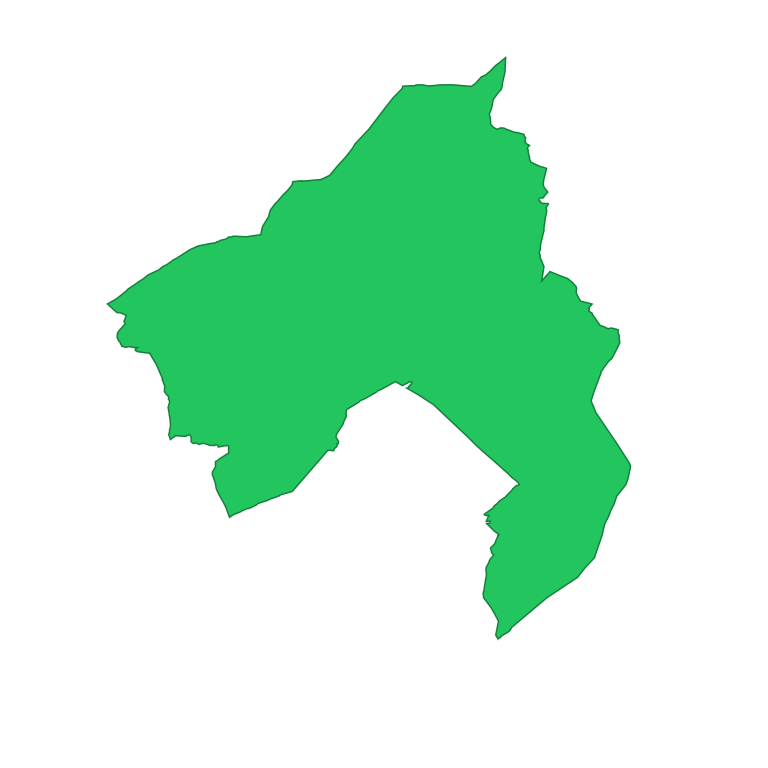 Lund nor, Rogaland, Norway (Robinson projection), rotated 342°
{"feature_id": "86288312B14474209678121", "entity_name": "Lund nor", "entity_type": "district", "adm_level": 2, "iso_a3": "NOR", "parent_name": "Norway", "parent_adm1": "Rogaland", "projection": "robinson", "projection_center": [6.449, 58.464], "detail": "fine", "context": "isolated", "style": "filled", "palette": "green", "viewbox_px": 768, "rotation_deg": 342, "n_neighbors": 0, "source": "geoboundaries", "source_scale": "gbopen_adm2", "svg_char_len": 6135}
<svg xmlns="http://www.w3.org/2000/svg" viewBox="0 0 768 768"><g transform="rotate(342 384 384)"><path d="M163.7,370.8L169.9,368.8L178.3,372.2L179.5,372.5L180.5,372.2L181.3,372.3L182.2,372.0L183.7,372.3L184.1,375.3L182.7,379.3L183.4,380.4L183.4,380.7L184.8,381.9L187.2,381.9L189.1,384.0L189.8,384.5L191.8,384.2L194.6,384.9L199.1,388.3L200.4,389.0L202.6,389.5L203.5,390.2L205.2,389.7L205.5,389.7L207.0,391.1L206.9,392.7L216.1,394.0L217.0,395.4L214.7,402.0L211.7,402.3L210.9,402.7L204.0,404.4L202.7,405.0L201.9,405.5L199.8,405.7L198.1,410.7L193.6,414.7L192.8,416.9L192.7,417.5L192.9,421.0L192.9,426.8L192.2,431.1L192.1,432.2L192.9,438.3L194.6,446.5L195.5,452.2L195.9,463.1L199.9,461.9L203.2,461.5L208.4,461.2L210.3,460.6L213.1,460.5L215.7,460.2L216.4,460.6L217.2,460.4L218.7,460.5L221.0,460.3L222.5,459.9L225.4,459.6L227.2,458.7L236.7,458.7L240.2,458.4L241.9,458.0L242.8,458.2L246.6,458.2L249.3,457.9L249.9,458.1L251.1,457.4L263.5,457.9L296.4,438.0L297.1,437.8L297.9,437.2L310.0,429.7L311.1,429.9L315.2,431.9L315.7,431.8L316.5,430.5L318.5,429.3L319.0,429.3L320.3,428.3L320.6,427.2L320.9,426.8L321.0,426.3L321.4,426.4L321.8,426.7L322.0,426.6L322.0,426.1L322.5,425.4L323.1,424.9L321.9,419.5L323.7,416.8L332.2,410.0L334.5,407.0L338.2,403.0L339.0,399.5L340.4,396.9L355.1,393.3L356.1,392.5L358.1,392.4L362.0,391.9L374.1,389.4L375.4,388.6L379.6,388.3L395.6,385.2L401.0,391.2L401.8,391.2L403.8,390.6L405.3,390.6L408.5,389.8L409.4,389.9L410.6,390.6L411.0,391.0L410.4,392.0L409.9,392.5L408.2,393.2L406.8,394.0L406.7,394.8L405.5,395.0L404.4,395.0L413.0,404.5L424.6,418.8L447.3,460.2L452.9,471.2L459.4,482.5L463.4,488.9L474.6,508.1L476.6,512.2L478.7,515.2L481.3,519.5L481.3,521.6L478.0,521.7L477.6,521.8L476.8,522.3L474.0,523.5L473.0,524.4L464.2,529.1L457.8,530.9L454.0,533.0L452.8,533.3L451.1,534.1L449.5,535.5L448.7,535.9L439.0,538.9L439.5,539.9L441.1,541.0L443.1,541.3L438.8,546.3L442.6,547.1L442.0,548.6L441.3,548.9L440.6,548.9L439.7,548.6L438.5,548.5L443.3,557.7L445.1,560.3L446.6,562.6L445.7,563.1L446.0,563.5L445.1,564.0L439.7,570.3L434.6,572.9L434.3,578.1L435.5,580.5L432.7,582.4L431.5,582.9L430.3,583.9L429.7,584.5L429.3,585.2L427.2,587.5L424.6,589.8L423.4,592.6L423.1,593.7L423.0,595.2L421.8,598.7L420.2,601.3L415.5,610.7L413.9,613.2L413.5,614.2L412.7,618.1L415.2,625.2L416.9,630.6L418.3,637.4L419.6,645.0L412.7,657.3L413.6,661.5L413.8,661.2L414.1,661.1L414.5,661.4L414.8,661.4L415.6,661.0L416.0,661.0L417.3,660.5L418.2,659.8L424.9,658.4L427.5,657.4L430.4,654.8L472.9,637.6L508.3,627.7L518.6,620.8L530.4,614.3L544.8,595.0L550.6,585.4L556.7,579.3L560.4,574.7L566.1,568.8L570.6,562.7L583.1,554.3L587.0,549.1L593.0,538.7L593.1,535.6L587.1,512.8L576.6,476.3L576.3,470.9L575.7,464.1L581.2,456.4L594.0,440.3L594.3,439.3L595.9,438.3L599.6,435.3L603.4,432.8L604.6,431.8L608.1,430.4L608.8,429.9L614.8,424.1L620.9,417.7L621.2,416.9L621.7,413.4L622.7,410.5L622.5,407.4L623.5,404.8L619.6,402.2L617.3,401.0L616.6,400.8L615.1,400.9L614.1,400.5L613.7,400.1L612.9,399.6L611.1,397.6L607.6,395.0L603.7,382.1L603.8,381.3L603.5,380.4L601.3,378.2L601.3,377.8L602.4,376.8L602.5,376.0L601.9,375.2L606.6,372.3L596.5,365.9L595.3,359.8L594.9,356.9L596.8,352.1L596.8,351.0L594.8,346.0L591.3,340.5L585.7,336.1L576.6,328.4L565.7,334.9L572.4,321.8L571.6,311.6L572.4,309.4L572.1,307.6L572.6,306.2L574.1,304.8L576.1,299.5L583.3,287.9L583.6,287.6L584.1,285.5L587.1,279.5L589.0,275.3L591.0,272.2L592.4,269.1L592.5,266.8L592.9,265.9L593.5,265.7L596.0,263.6L596.0,263.3L594.9,262.7L591.0,261.4L590.1,260.8L589.4,260.1L588.9,258.1L588.5,257.7L588.3,257.2L588.3,256.7L588.5,256.0L588.9,255.7L589.6,255.4L590.5,255.4L592.0,256.0L593.5,256.1L593.6,255.9L593.5,255.4L599.1,252.1L597.3,247.4L597.0,245.7L597.2,243.1L599.1,239.1L605.2,229.2L602.1,226.8L600.3,225.9L597.5,223.4L592.3,218.4L592.0,214.2L592.6,213.0L592.4,211.5L593.4,205.3L593.0,204.4L593.1,204.2L595.1,202.3L595.7,201.9L596.0,202.0L595.8,201.6L594.1,200.3L593.9,199.2L592.9,197.3L593.4,196.7L593.4,195.9L593.7,195.5L593.7,195.1L594.0,194.6L594.7,193.9L594.8,193.5L594.1,192.0L594.2,189.8L588.2,185.9L586.0,185.0L578.9,179.4L577.2,177.7L573.9,176.4L570.4,176.8L567.5,173.9L565.8,170.2L567.4,163.2L567.5,159.8L569.8,157.3L573.1,152.4L575.6,147.4L581.3,143.2L586.6,139.9L588.1,137.8L590.6,132.7L594.2,126.9L595.7,124.1L600.5,111.2L587.9,115.9L582.0,119.1L576.5,121.4L571.5,122.0L563.5,126.6L559.0,127.9L541.0,120.4L528.8,116.6L524.2,115.7L518.1,114.2L513.9,111.8L510.4,110.5L506.7,109.5L505.5,109.8L493.9,106.5L492.6,108.6L481.5,114.4L471.8,120.8L448.5,136.9L430.4,146.9L426.9,150.1L417.4,156.5L407.6,162.0L396.8,168.8L387.1,170.0L368.5,165.8L368.7,165.5L368.0,165.6L367.5,165.3L367.4,165.0L366.9,165.0L366.7,164.8L359.8,163.4L357.7,166.6L352.0,170.2L346.4,172.9L339.9,177.0L336.1,178.9L329.7,183.5L327.7,186.3L327.2,187.3L326.9,187.6L326.2,188.9L317.2,196.6L316.8,197.4L315.6,199.0L315.3,199.8L312.9,203.9L298.5,201.4L286.3,196.8L285.2,197.0L283.4,196.8L282.4,196.4L281.2,196.3L280.7,196.7L278.8,197.2L277.5,197.3L272.8,196.8L270.3,197.4L268.4,197.2L268.1,197.5L267.3,197.6L262.7,196.8L249.7,195.3L240.9,196.3L225.6,200.3L221.3,201.0L219.7,201.7L214.2,203.4L209.7,204.0L206.6,205.2L206.1,205.6L205.0,205.9L193.5,207.3L187.3,209.7L185.8,210.0L170.0,214.6L166.9,216.2L155.6,220.4L145.7,222.4L152.0,233.5L155.6,235.0L160.0,239.1L159.8,239.6L156.6,243.4L156.0,244.4L156.5,245.9L156.5,246.6L155.8,247.2L147.9,251.8L145.9,253.7L145.8,254.8L145.1,255.7L145.0,256.3L144.5,257.5L144.8,258.4L144.7,258.7L144.9,259.4L144.8,260.3L145.0,260.7L145.0,261.3L146.0,262.9L145.9,264.4L146.3,265.4L146.2,267.0L149.3,269.1L153.5,269.8L157.7,272.1L160.7,273.2L158.5,273.9L158.0,274.7L157.9,275.3L159.8,277.2L167.1,280.7L170.6,282.2L173.5,294.9L175.0,310.8L174.7,311.1L174.3,311.9L174.8,314.0L174.5,315.4L174.7,316.1L174.9,318.3L174.2,319.4L173.9,320.7L173.4,321.7L172.8,323.3L174.0,327.2L174.9,328.1L174.9,329.1L175.1,329.6L175.1,330.1L174.3,331.7L174.6,332.7L174.7,334.5L174.0,335.8L173.3,336.7L172.4,338.3L171.9,338.9L171.3,339.9L171.4,340.8L171.0,341.7L170.8,344.7L170.1,347.6L170.0,349.0L169.4,352.4L168.3,356.9L167.3,359.3L165.8,361.5L165.1,363.5L163.7,365.4L163.7,370.8Z" fill="#22c55e" stroke="#15803d" stroke-width="1.5"/></g></svg>